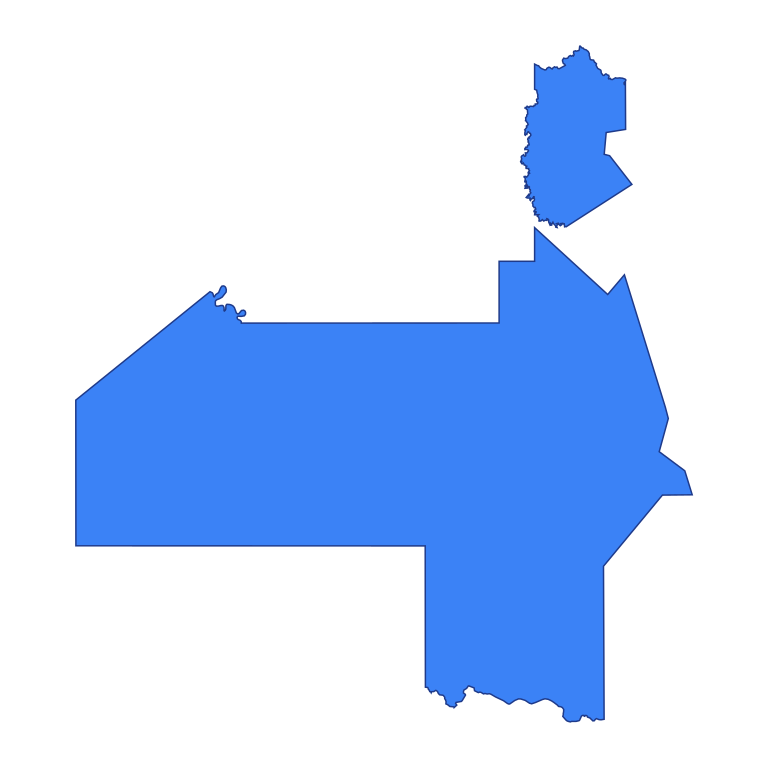 the district of Ambunti/Drekikier District, East Sepik, Papua New Guinea
{"feature_id": "67681753B88786401502909", "entity_name": "Ambunti/Drekikier District", "entity_type": "district", "adm_level": 2, "iso_a3": "PNG", "parent_name": "Papua New Guinea", "parent_adm1": "East Sepik", "projection": "natural_earth1", "projection_center": [142.509, -4.218], "detail": "fine", "context": "isolated", "style": "filled", "palette": "blue", "viewbox_px": 768, "rotation_deg": 0, "n_neighbors": 0, "source": "geoboundaries", "source_scale": "gbopen_adm2", "svg_char_len": 6001}
<svg xmlns="http://www.w3.org/2000/svg" viewBox="0 0 768 768"><path d="M534.6,227.6L534.6,261.3L499.1,261.3L499.1,323.0L241.3,323.1L241.2,321.6L240.8,321.0L240.1,320.3L238.1,319.5L237.4,318.8L237.1,317.3L237.5,316.5L238.1,316.2L241.2,316.4L244.4,315.8L245.5,314.2L245.6,312.6L245.2,311.4L244.6,310.7L243.6,310.2L241.5,310.5L238.8,313.7L237.7,313.9L236.4,313.0L234.4,307.6L233.2,306.1L231.6,305.1L229.7,304.5L227.0,304.3L226.5,304.6L225.9,305.8L225.8,309.0L225.2,310.4L224.3,311.0L224.0,310.5L224.1,307.9L223.4,306.1L222.5,305.5L220.9,305.5L218.5,306.1L216.4,306.2L215.4,305.1L215.3,301.9L215.6,300.7L216.9,299.7L219.5,298.7L222.2,297.1L226.1,292.1L226.3,289.8L225.8,287.8L225.1,286.7L224.2,286.1L223.2,285.9L221.8,286.2L220.6,287.9L218.6,292.6L215.7,294.6L214.4,296.8L213.7,296.6L213.0,293.9L212.3,292.8L210.0,291.7L75.8,400.1L75.9,545.8L425.2,545.9L425.4,687.2L427.7,687.5L428.1,688.2L428.4,689.4L429.1,690.0L429.8,691.6L430.7,691.7L431.2,692.8L431.6,691.9L432.0,691.6L433.7,691.6L435.7,690.4L436.2,690.5L437.5,691.5L438.3,693.4L439.6,694.8L442.8,695.2L443.4,695.5L444.7,697.2L444.7,698.8L445.6,699.8L445.6,700.5L446.1,701.5L445.9,703.9L447.5,704.6L449.9,706.5L453.4,706.8L454.0,707.1L454.1,707.6L456.8,705.1L455.6,703.4L456.1,702.4L461.5,701.4L462.4,700.3L465.5,695.1L465.3,694.3L463.5,693.1L463.5,691.3L463.9,690.1L466.6,688.4L468.3,686.0L468.9,685.9L474.1,687.9L474.5,690.7L478.3,692.6L479.8,692.1L480.9,692.3L483.5,693.9L485.0,693.5L487.2,694.0L489.3,693.7L490.9,694.2L495.5,696.9L503.5,700.7L507.3,703.4L508.6,704.0L509.7,704.0L514.9,700.4L518.5,698.9L520.9,699.0L525.2,700.4L529.5,703.2L531.7,703.8L535.5,702.5L542.5,699.5L545.0,698.8L548.2,699.3L551.4,700.8L553.7,702.3L557.4,705.1L558.5,706.4L561.0,706.8L562.4,707.6L563.7,709.4L563.6,711.7L563.2,713.9L563.3,714.6L562.8,716.4L565.9,720.0L567.0,720.9L568.3,721.4L570.4,721.9L571.6,721.4L576.0,721.4L579.0,720.7L579.6,720.2L581.5,716.0L582.6,715.4L583.7,715.4L584.2,716.2L584.7,716.3L585.1,715.5L586.3,715.5L587.4,716.3L587.5,717.1L589.8,717.9L592.9,720.9L594.4,720.7L595.0,719.7L596.4,718.6L599.0,719.6L601.0,719.8L604.1,719.3L603.5,566.2L662.4,495.1L692.2,494.8L684.8,470.8L659.2,451.7L668.3,418.5L665.3,407.1L624.4,274.8L607.7,294.5L534.6,227.6ZM534.6,64.1L534.6,89.3L536.7,90.2L537.1,92.6L537.9,95.0L537.7,96.3L538.1,98.6L537.8,99.0L536.8,99.1L536.5,99.7L536.8,101.6L537.8,102.1L537.7,103.5L537.2,103.9L535.3,104.0L535.4,104.8L534.8,105.6L534.1,105.4L533.5,106.5L530.5,106.2L529.9,106.3L529.1,107.4L528.7,107.5L528.2,106.8L527.1,106.2L526.9,106.4L527.0,107.0L526.7,107.3L525.2,107.5L525.0,108.0L526.1,108.2L526.2,109.0L527.4,109.7L527.7,114.1L526.8,114.9L526.7,116.5L525.6,117.7L525.8,119.3L525.5,120.7L526.4,121.2L526.6,121.9L527.5,122.8L528.1,124.7L526.4,126.1L526.9,126.9L526.7,127.4L524.7,129.9L525.4,130.7L524.9,132.2L524.8,134.8L525.5,135.2L525.7,134.5L526.2,134.1L526.9,134.3L527.0,133.4L528.1,131.7L528.6,131.8L529.5,133.2L530.4,133.4L530.9,135.1L529.6,136.9L529.0,137.1L529.1,138.0L528.3,137.9L527.9,138.5L527.7,139.6L528.5,141.1L528.0,141.9L528.8,142.9L529.1,144.8L527.6,145.3L527.4,146.9L527.0,147.2L525.9,147.1L524.8,148.7L524.9,149.6L526.2,149.4L527.8,149.8L528.4,150.4L528.4,150.9L527.0,152.9L525.4,152.9L525.8,154.7L525.7,155.7L525.3,156.1L524.7,156.3L524.1,155.8L523.7,154.7L521.6,156.1L521.3,156.6L521.3,157.9L521.7,158.5L521.7,159.0L521.2,160.2L521.8,161.5L521.6,161.7L520.8,161.3L520.6,161.7L521.9,163.8L522.3,163.9L523.2,162.9L523.6,163.4L524.2,165.0L525.5,165.3L525.9,166.2L526.7,166.3L526.0,167.5L526.1,168.4L528.6,168.6L528.6,169.5L529.5,170.7L528.2,172.3L528.7,172.7L529.4,172.8L529.6,173.3L528.3,173.7L528.5,174.8L527.1,176.7L526.7,177.1L525.7,176.4L524.2,176.5L524.0,176.9L525.1,178.1L525.3,179.0L524.8,181.6L525.0,182.0L525.4,182.0L526.1,181.1L526.3,181.3L526.3,183.8L527.4,185.4L526.8,186.5L525.7,185.1L525.0,185.6L525.0,186.2L525.5,186.9L525.0,188.3L527.5,188.1L528.1,186.6L529.1,186.6L529.4,187.0L529.2,188.5L529.8,189.4L530.3,189.6L530.4,190.3L530.0,190.9L530.0,191.8L530.7,192.4L530.8,192.9L529.5,194.4L528.6,194.3L528.4,194.8L529.2,195.6L528.9,196.1L527.6,195.8L526.2,197.5L527.3,198.0L530.1,198.1L529.9,199.9L530.5,200.5L531.2,199.0L532.4,198.7L533.6,196.7L534.1,196.8L534.1,197.6L533.5,198.4L534.1,198.5L534.5,199.0L534.3,200.2L533.7,201.2L532.8,201.6L532.4,202.2L532.4,203.4L532.9,204.1L532.9,206.1L533.7,206.8L534.2,207.7L535.2,207.5L535.8,209.1L534.5,210.2L534.0,211.1L534.0,211.7L534.7,212.2L535.6,211.5L536.1,211.7L536.0,212.7L534.7,213.7L534.6,214.8L538.7,214.7L537.3,216.1L538.7,217.3L539.4,220.2L539.0,220.4L539.1,221.1L540.8,221.0L542.4,219.6L543.7,221.0L545.7,220.1L546.7,220.4L547.2,219.9L546.9,218.7L547.7,218.9L548.7,220.0L548.5,220.7L548.8,222.3L549.8,224.5L550.3,223.1L550.9,223.8L550.6,225.2L551.7,225.1L552.0,223.7L552.9,222.2L553.5,223.6L555.6,225.8L555.7,227.1L557.1,227.5L556.5,225.9L557.8,224.4L556.7,223.6L558.3,223.2L558.7,224.2L560.3,225.7L561.6,224.8L560.7,223.6L562.8,223.3L563.1,224.0L564.2,223.8L564.6,226.8L565.4,226.5L566.1,226.8L631.9,184.4L609.6,155.7L604.2,154.3L606.2,132.5L625.6,129.4L625.4,83.6L624.7,84.7L624.3,84.5L624.0,82.9L625.6,80.9L625.9,80.0L625.1,79.1L622.5,78.2L619.6,77.9L616.9,78.2L615.5,77.8L612.5,79.5L610.9,79.4L610.3,78.4L608.9,79.0L608.4,78.2L609.1,76.8L608.7,75.3L607.4,75.0L606.3,74.0L605.5,74.0L604.1,75.4L603.1,75.4L601.2,72.8L601.1,71.0L600.6,70.0L597.7,68.4L596.0,65.1L596.5,63.9L595.1,62.4L594.6,62.4L593.6,60.1L590.9,59.8L590.1,59.1L589.7,56.6L589.3,55.7L589.3,53.6L588.2,51.5L586.1,49.8L584.2,49.3L583.1,48.0L582.2,48.1L580.2,46.1L579.7,46.2L579.3,49.5L578.9,50.5L576.1,51.2L575.5,50.8L573.7,51.4L573.5,52.6L574.1,54.8L573.3,56.0L572.7,55.4L571.5,56.2L570.3,55.5L568.7,56.5L567.7,58.2L565.1,58.6L563.8,58.1L562.5,60.0L562.5,60.9L563.2,63.2L563.6,63.7L564.6,64.1L565.3,65.4L559.3,68.7L557.9,68.5L557.0,67.0L555.7,67.4L554.5,66.8L552.6,68.2L552.3,68.9L551.5,68.7L549.8,67.4L548.8,67.2L547.2,68.1L546.7,68.6L546.4,69.5L545.0,70.0L541.4,68.5L539.6,67.1L538.6,65.7L537.6,65.6L534.6,64.1Z" fill="#3b82f6" stroke="#1e3a8a" stroke-width="1.5"/></svg>